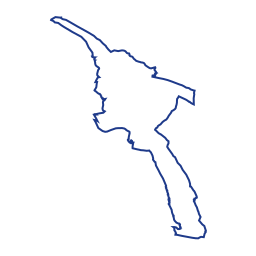 Karatu, Arusha, United Republic of Tanzania (Equal Earth projection), rotated 281°
{"feature_id": "72390352B22674606658861", "entity_name": "Karatu", "entity_type": "district", "adm_level": 2, "iso_a3": "TZA", "parent_name": "United Republic of Tanzania", "parent_adm1": "Arusha", "projection": "equal_earth", "projection_center": [35.413, -3.487], "detail": "fine", "context": "isolated", "style": "outline", "palette": "blue", "viewbox_px": 256, "rotation_deg": 281, "n_neighbors": 0, "source": "geoboundaries", "source_scale": "gbopen_adm2", "svg_char_len": 5710}
<svg xmlns="http://www.w3.org/2000/svg" viewBox="0 0 256 256"><g transform="rotate(281 128 128)"><path d="M201.4,114.8L201.2,113.7L201.4,112.7L201.6,112.4L202.8,110.9L203.1,110.0L203.2,109.3L203.2,108.4L203.0,107.1L201.6,103.7L201.6,99.7L199.4,96.7L201.3,93.8L203.3,91.4L204.3,90.6L206.3,87.1L208.9,83.6L209.8,80.3L211.9,77.1L214.1,71.1L218.1,58.8L220.9,50.7L222.3,46.5L222.4,43.1L223.1,41.4L223.7,41.3L223.4,40.3L223.0,35.6L219.9,32.0L219.3,31.9L218.7,34.6L217.7,35.9L217.8,39.5L216.2,42.8L215.0,45.8L211.7,54.9L208.6,64.8L204.7,70.4L199.6,74.0L195.2,78.7L192.1,79.6L191.6,79.0L191.2,79.4L190.9,79.5L190.7,80.8L190.9,81.3L191.0,82.0L190.7,81.7L190.5,81.8L190.4,81.5L190.2,81.5L189.5,82.0L188.9,81.8L188.6,82.0L188.1,82.4L188.1,82.5L188.0,82.4L185.6,83.4L184.9,83.5L183.6,84.2L182.9,85.0L182.1,86.7L182.0,87.2L181.7,87.7L181.5,88.0L181.0,88.3L180.5,88.3L179.8,87.9L178.9,87.6L175.3,87.4L174.5,87.6L174.1,87.7L173.7,88.0L172.4,90.0L172.0,88.8L169.4,87.9L167.0,87.3L167.3,88.1L167.3,88.9L165.7,88.8L162.1,89.1L161.0,88.8L158.6,87.9L158.3,88.2L157.9,89.3L156.5,91.7L156.0,93.0L156.1,93.7L155.5,94.5L155.3,94.8L154.8,94.9L154.4,95.3L154.0,95.8L153.4,95.8L153.0,96.2L152.8,96.6L152.3,97.0L152.4,97.7L152.3,98.0L152.1,98.1L151.7,97.4L151.5,97.6L151.5,98.4L152.2,100.2L150.7,99.6L149.7,98.5L148.4,98.5L145.8,99.3L142.5,99.2L141.1,99.7L140.3,100.4L139.9,102.0L138.3,100.9L137.0,97.4L135.5,93.9L135.0,91.8L135.0,92.4L134.8,93.2L134.5,92.1L131.3,94.9L129.1,96.6L129.3,96.1L129.4,93.5L127.6,95.1L122.3,98.9L120.2,103.6L119.9,106.3L120.5,108.2L122.8,111.7L125.3,116.0L125.8,117.6L126.8,122.2L126.8,124.5L126.3,125.9L125.6,126.8L124.7,129.7L124.7,129.9L124.5,130.2L123.2,130.6L122.9,130.5L121.8,130.6L121.3,130.5L119.0,130.5L117.5,130.7L117.4,130.8L117.1,130.8L116.9,130.4L116.6,130.1L116.2,130.1L115.0,131.1L115.0,131.3L115.0,131.6L114.8,131.4L114.7,131.5L114.4,132.0L114.4,132.3L114.1,132.4L113.9,132.9L113.8,133.6L113.6,134.0L113.7,134.3L113.8,134.4L114.6,133.9L115.0,133.4L115.6,133.2L116.4,133.3L116.5,133.5L116.3,133.7L116.0,133.7L115.7,134.0L115.9,134.4L115.2,134.7L114.9,135.0L114.8,135.8L114.8,136.0L114.5,135.9L113.5,136.0L111.3,136.0L110.1,136.1L109.0,136.4L108.8,141.3L108.8,143.2L108.7,144.9L109.0,147.1L109.2,150.7L109.9,153.2L109.6,153.4L108.5,155.1L105.6,157.3L103.0,158.5L101.7,158.6L99.8,160.7L99.7,161.4L96.5,162.6L92.1,166.2L89.2,168.4L85.1,172.0L78.4,176.5L78.0,176.3L77.6,176.4L77.4,176.3L77.0,176.7L76.5,176.7L76.4,177.1L75.6,177.2L75.1,177.7L74.7,177.7L74.3,178.3L74.1,178.2L73.8,178.5L73.2,178.5L72.8,178.9L72.2,179.0L72.0,179.3L71.8,179.4L71.5,179.7L71.2,179.7L70.9,179.9L70.4,179.7L70.0,179.8L69.9,180.0L70.0,180.3L69.2,180.5L68.6,180.7L67.4,181.4L66.9,181.4L67.1,181.8L66.9,182.0L66.4,181.6L66.1,181.6L65.8,181.7L65.7,182.0L65.2,182.2L65.1,182.5L64.9,182.4L64.7,181.8L64.2,182.1L64.0,182.6L63.8,182.6L63.4,182.4L63.2,182.5L63.4,182.9L63.2,183.0L62.3,183.0L61.5,182.4L61.2,182.4L60.9,182.6L60.9,182.8L61.0,183.2L59.9,183.5L55.9,186.5L54.9,186.8L53.2,187.5L51.4,188.6L51.0,189.0L50.3,189.1L50.1,189.2L50.3,189.6L49.9,189.7L49.3,189.7L48.5,190.1L47.1,190.6L46.6,190.9L45.8,191.6L44.8,193.0L44.7,193.2L44.3,193.6L44.2,194.3L43.9,195.4L43.9,196.1L44.0,196.3L43.9,196.8L43.2,197.5L42.8,197.5L42.7,197.1L42.0,197.4L41.0,198.3L40.5,198.6L40.1,198.5L40.2,198.2L40.0,198.5L39.9,198.3L39.7,198.4L39.6,198.7L39.2,198.7L39.0,198.1L38.7,197.9L38.4,197.0L38.5,196.5L38.4,196.0L39.0,195.3L39.6,194.1L39.6,192.4L39.4,191.4L39.2,191.8L39.0,192.1L38.3,192.6L36.3,193.1L35.6,194.0L34.9,194.5L34.1,194.9L33.9,195.2L33.1,195.3L32.6,195.1L32.6,194.9L32.3,194.9L32.5,196.5L32.4,201.6L32.5,212.0L32.7,215.5L33.1,218.0L34.2,219.2L35.1,220.5L35.3,223.2L39.1,223.4L40.5,224.1L41.3,223.6L41.9,224.1L46.4,221.6L47.5,219.4L50.7,215.4L54.5,216.2L57.3,214.0L58.0,213.7L59.6,212.9L59.9,212.5L63.2,210.8L65.1,209.2L67.3,207.8L68.8,206.6L69.0,206.7L69.3,207.2L69.5,207.2L69.9,206.7L70.4,207.1L70.5,207.1L70.7,206.7L71.1,207.2L71.4,207.0L71.6,207.5L72.0,207.7L72.1,207.9L72.4,208.0L72.5,208.5L72.7,208.8L73.1,208.8L74.2,208.3L77.9,205.7L78.8,204.9L79.1,204.3L82.5,201.0L82.5,200.1L85.0,199.6L88.3,197.9L93.3,194.1L97.3,189.7L101.0,186.8L103.3,183.4L108.3,179.8L109.1,177.9L110.9,176.4L115.5,171.5L117.0,170.1L119.1,170.2L120.5,170.7L122.7,170.3L123.6,168.5L125.4,166.5L128.0,161.5L128.0,161.1L128.2,160.8L128.6,159.4L128.9,158.8L130.9,155.9L131.3,155.0L131.5,154.9L133.0,155.4L133.5,155.9L133.7,156.3L134.1,156.7L135.4,156.9L135.8,157.2L136.7,158.0L137.7,159.2L140.5,160.8L142.3,162.4L143.4,163.8L144.0,164.2L145.7,165.0L147.9,165.7L150.7,167.1L151.7,167.5L152.6,167.6L153.0,167.8L154.2,169.3L155.7,170.6L156.7,171.0L158.7,171.0L159.9,171.2L160.9,171.2L162.1,171.2L164.5,170.8L166.0,170.7L167.4,171.4L168.8,171.8L166.9,179.4L166.3,181.0L165.3,183.1L165.5,183.5L164.7,184.8L164.1,186.5L163.7,188.1L169.7,186.8L173.9,186.6L174.9,186.1L177.4,186.2L177.4,185.3L177.8,182.5L177.9,181.9L178.3,181.3L178.7,180.4L178.8,179.3L178.7,177.7L178.8,177.2L179.7,174.8L180.3,172.7L180.5,170.7L181.4,165.4L181.9,162.6L182.6,157.9L182.9,153.4L182.9,148.2L183.0,142.2L184.2,142.1L184.5,142.7L184.6,144.4L184.8,144.3L184.9,144.0L185.0,144.1L185.2,144.4L185.3,144.4L185.5,144.2L185.7,144.3L185.9,144.8L186.0,144.8L186.5,144.4L186.7,145.0L187.0,145.0L187.5,145.6L187.7,145.2L187.9,145.1L187.8,144.6L188.7,144.5L189.7,143.3L190.2,142.9L190.8,142.9L192.0,143.4L192.3,143.4L192.8,143.1L192.3,141.9L191.9,141.4L191.5,140.3L191.0,139.5L190.9,138.3L191.1,137.4L191.8,135.6L192.9,133.1L193.8,132.4L194.7,131.4L194.9,130.8L195.0,129.7L194.9,128.0L195.1,127.3L195.1,126.1L195.5,123.2L196.3,122.0L197.0,120.6L198.7,118.8L198.9,118.0L198.9,116.8L199.2,116.0L199.7,115.5L200.6,115.5L201.0,115.1L201.4,114.8Z" fill="none" stroke="#1e3a8a" stroke-width="2"/></g></svg>